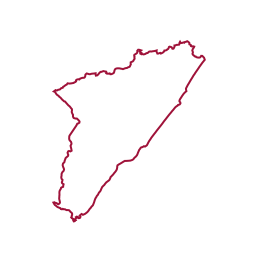 the district of Iguape, São Paulo, Brazil, rotated 341°
{"feature_id": "56859067B39620735608420", "entity_name": "Iguape", "entity_type": "district", "adm_level": 2, "iso_a3": "BRA", "parent_name": "Brazil", "parent_adm1": "São Paulo", "projection": "orthographic", "projection_center": [-47.495, -24.592], "detail": "fine", "context": "isolated", "style": "outline", "palette": "rose", "viewbox_px": 256, "rotation_deg": 341, "n_neighbors": 0, "source": "geoboundaries", "source_scale": "gbopen_adm2", "svg_char_len": 5672}
<svg xmlns="http://www.w3.org/2000/svg" viewBox="0 0 256 256"><g transform="rotate(341 128 128)"><path d="M57.1,195.4L59.4,195.2L60.7,194.8L62.1,194.3L63.5,193.5L64.7,192.6L65.5,192.0L66.3,191.6L67.2,191.1L67.8,190.5L68.8,190.1L69.7,189.6L70.2,189.0L71.0,188.1L72.3,186.5L72.8,185.7L73.5,184.9L74.3,183.9L75.3,183.2L76.2,182.3L76.9,181.8L77.9,181.3L78.7,180.4L79.7,179.5L80.6,179.1L81.7,178.3L83.0,176.8L83.9,175.9L84.5,175.3L85.2,175.0L86.1,174.5L87.0,174.2L87.7,173.6L89.0,172.8L89.8,172.3L90.5,172.1L92.7,171.4L93.4,171.1L94.3,170.3L95.0,169.5L95.5,168.8L97.3,167.9L98.3,167.4L99.2,166.9L100.1,166.2L100.9,165.8L102.3,164.9L103.2,164.2L104.0,163.4L105.0,161.7L105.3,160.8L105.9,159.9L108.1,159.3L109.0,159.2L110.3,158.9L111.7,158.6L112.9,158.3L114.4,158.1L115.1,158.4L117.6,159.1L119.7,159.6L121.6,159.6L122.9,159.3L124.3,158.3L126.3,157.5L127.8,156.5L128.7,155.5L129.4,154.6L130.6,153.3L131.5,152.3L132.8,151.5L133.6,150.8L134.4,150.6L135.3,150.8L137.2,150.4L138.0,151.1L139.2,150.8L140.2,150.5L141.2,149.6L142.4,148.4L144.0,147.0L145.3,146.1L146.9,144.8L147.8,144.2L149.9,142.8L151.1,142.0L152.4,141.2L154.4,139.8L156.6,138.4L159.6,136.5L161.9,135.0L164.3,133.3L166.7,131.8L168.8,130.4L171.6,128.6L173.3,127.6L175.5,126.2L176.3,125.8L178.5,124.4L179.5,123.8L181.1,123.2L182.0,123.1L182.8,122.5L183.6,122.6L184.7,122.5L185.6,121.8L185.8,120.8L185.3,119.7L185.7,118.6L186.7,117.6L187.6,116.9L188.4,116.3L189.1,115.7L189.9,115.1L190.6,114.6L191.7,113.8L192.8,113.2L194.1,112.6L195.2,112.2L195.3,111.1L195.6,109.7L196.4,108.8L197.3,108.0L198.0,107.3L198.8,106.6L200.5,105.2L201.4,104.4L202.7,103.3L203.9,102.3L204.8,101.6L206.1,100.5L207.0,99.7L208.6,98.6L209.4,97.9L211.3,96.5L212.0,96.0L214.3,94.3L214.9,93.8L218.0,91.6L219.7,90.4L221.8,89.1L222.8,88.5L222.8,87.3L222.8,86.4L222.2,85.0L221.7,84.0L220.7,83.6L220.1,84.2L219.1,84.7L218.1,84.6L217.4,84.3L216.6,83.9L215.6,83.2L215.3,82.4L214.4,82.0L213.9,80.9L213.3,80.0L213.1,78.9L213.9,77.9L214.1,76.7L214.0,75.7L214.8,74.6L215.8,73.8L216.5,73.3L217.1,72.6L216.1,71.9L214.8,71.6L214.2,71.0L214.5,70.2L214.0,69.5L213.3,68.9L213.7,67.4L213.0,66.1L212.2,65.2L211.1,65.4L209.8,65.2L209.0,65.7L208.3,65.1L207.2,65.2L205.6,64.9L205.3,63.4L204.5,64.1L204.0,65.1L203.5,65.8L201.9,65.5L200.9,65.2L199.5,65.3L198.8,65.1L198.5,66.1L197.8,67.0L196.8,67.8L195.8,67.5L195.6,66.0L194.8,65.2L193.7,64.6L193.0,64.8L192.5,65.6L191.7,66.3L190.6,66.5L189.9,66.9L188.6,66.9L187.6,66.6L187.0,67.4L185.6,68.0L184.5,68.2L183.3,68.3L183.0,67.5L182.0,67.4L181.1,67.5L180.0,67.2L179.9,66.0L179.8,65.1L180.3,64.0L179.5,64.0L177.8,63.8L176.4,63.5L174.9,63.3L173.9,62.8L172.7,62.7L170.9,63.5L169.7,63.2L168.8,63.6L167.8,63.6L166.7,63.5L165.7,62.8L164.8,62.7L164.0,61.8L165.0,61.3L164.4,60.6L163.9,59.6L165.7,58.9L164.1,57.7L163.1,57.3L161.9,58.0L161.6,59.2L160.8,60.1L159.1,60.6L157.9,60.8L157.3,61.8L157.4,62.9L156.9,63.6L156.8,64.7L155.7,65.4L155.1,66.1L154.1,66.6L152.8,66.7L151.9,66.8L151.5,67.9L151.4,68.7L150.5,69.6L149.7,70.5L148.7,70.7L148.0,70.6L146.6,70.9L145.7,70.7L144.5,70.6L142.4,70.7L141.6,70.1L140.6,69.6L139.7,69.0L139.0,68.7L138.0,68.3L136.9,68.0L135.4,68.0L134.5,68.6L133.9,69.3L133.2,70.5L132.3,71.4L131.0,71.6L129.9,71.7L128.8,71.4L128.5,70.4L127.6,70.4L126.5,70.0L125.7,69.7L125.2,69.0L125.8,68.3L125.6,67.5L124.5,67.0L123.3,66.2L122.2,66.2L121.2,66.3L120.4,66.0L119.3,66.4L118.4,66.9L117.4,67.6L116.1,68.2L114.7,68.0L114.8,66.8L115.2,65.7L114.0,65.5L112.7,65.2L111.5,64.9L110.6,64.8L109.6,64.8L108.7,64.4L107.6,63.6L106.7,63.0L105.9,63.3L105.1,63.7L104.5,65.0L103.6,66.0L102.7,66.2L102.0,65.9L101.0,65.7L100.0,65.7L98.8,65.7L97.8,66.3L96.9,65.7L95.3,65.6L94.3,66.0L94.1,67.0L93.1,67.4L92.1,67.4L91.3,67.7L90.0,67.5L88.7,67.3L87.0,66.9L86.2,66.5L85.4,66.1L84.2,67.0L83.1,67.1L82.1,67.4L81.1,67.8L80.1,67.9L79.4,68.7L78.3,68.6L77.4,68.7L76.6,69.3L75.4,69.3L74.3,69.1L73.4,69.4L72.7,69.3L71.9,68.6L70.9,68.9L69.8,69.3L70.6,70.0L71.0,71.2L71.1,72.0L71.6,73.3L72.0,74.0L72.8,74.9L73.2,76.1L74.0,77.2L74.5,78.4L75.0,79.7L75.6,80.7L76.2,81.9L77.2,82.6L77.5,83.6L78.1,85.0L78.5,86.0L79.0,87.2L79.8,88.4L80.3,89.7L80.7,91.0L81.1,91.8L80.9,92.8L80.4,93.8L80.0,94.5L80.0,95.5L80.1,96.6L80.3,97.7L79.8,98.8L79.7,99.8L79.9,100.8L80.6,101.4L81.5,102.0L82.7,102.4L83.2,103.3L83.9,104.8L84.3,106.0L83.8,107.1L82.5,107.5L81.5,107.4L80.9,107.9L80.2,108.7L70.2,116.2L69.7,116.9L68.8,119.2L68.8,120.6L69.3,121.8L69.6,122.5L69.6,123.6L69.4,124.6L68.7,125.3L67.9,126.1L67.7,127.9L67.6,129.2L67.3,131.1L66.0,131.4L64.7,130.5L63.8,130.6L62.8,131.7L62.7,132.9L62.8,133.9L62.3,134.8L61.3,135.3L60.1,135.7L59.0,136.3L58.3,137.4L57.6,138.1L56.8,139.5L55.9,140.0L55.0,140.4L54.5,141.2L54.1,141.9L54.0,143.5L54.1,144.9L54.1,146.2L53.7,146.9L53.0,147.7L51.7,148.3L50.5,149.4L50.1,150.2L49.6,151.6L48.9,152.7L48.7,153.8L48.7,154.7L49.2,155.7L48.6,156.8L47.8,157.7L47.7,158.6L48.1,159.3L48.8,160.2L48.0,161.4L47.5,162.5L46.3,162.5L45.3,162.7L44.6,163.7L43.5,164.6L42.9,165.2L42.5,165.8L42.0,167.0L41.6,168.4L41.3,169.3L40.9,169.9L40.6,171.0L40.1,171.8L39.8,173.1L39.7,174.3L39.6,175.3L39.3,176.5L38.5,177.1L37.3,177.4L36.7,176.9L36.3,176.1L35.5,175.4L34.7,175.0L34.3,174.3L33.2,174.2L33.4,175.5L33.8,177.0L34.3,177.6L35.0,178.8L35.7,179.9L36.5,180.5L37.3,181.3L38.0,181.8L38.1,182.7L39.1,183.4L40.0,183.2L40.9,184.0L41.9,184.3L42.7,185.2L43.3,185.7L44.4,186.0L45.5,186.6L46.0,187.6L46.2,188.4L47.1,189.8L47.3,190.6L46.9,192.0L46.2,192.7L45.9,193.7L45.2,194.0L45.5,195.0L46.5,196.0L46.1,197.6L46.4,198.7L47.3,198.7L47.5,197.8L48.4,198.0L48.1,196.9L48.9,197.0L49.6,196.2L50.4,196.1L49.9,195.3L50.7,195.1L51.7,195.9L51.8,197.1L52.9,197.4L53.6,197.2L54.2,196.3L53.8,195.1L55.2,194.5L56.2,194.2L57.1,195.4Z" fill="none" stroke="#9f1239" stroke-width="2"/></g></svg>